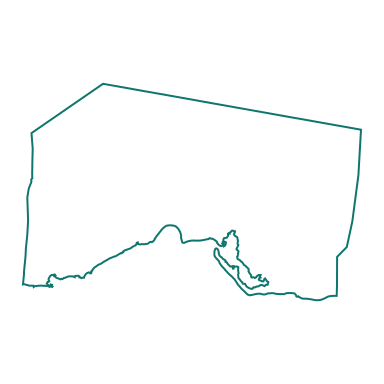 outline of Safata, Tuamasaga, Samoa
{"feature_id": "51752279B93742903917224", "entity_name": "Safata", "entity_type": "district", "adm_level": 2, "iso_a3": "WSM", "parent_name": "Samoa", "parent_adm1": "Tuamasaga", "projection": "albers", "projection_center": [-171.851, -13.971], "detail": "fine", "context": "isolated", "style": "outline", "palette": "teal", "viewbox_px": 384, "rotation_deg": 0, "n_neighbors": 0, "source": "geoboundaries", "source_scale": "gbopen_adm2", "svg_char_len": 5203}
<svg xmlns="http://www.w3.org/2000/svg" viewBox="0 0 384 384"><path d="M31.5,133.1L32.7,148.9L32.5,156.0L32.3,164.6L32.3,168.1L32.2,170.9L32.2,177.6L32.3,178.4L31.6,179.0L31.2,179.6L31.4,181.6L31.0,183.0L29.6,186.3L28.6,189.4L27.5,196.3L27.3,197.7L28.1,220.3L27.7,227.7L27.2,235.8L25.9,248.4L25.5,256.4L24.0,271.8L24.0,274.2L23.0,284.4L23.8,284.1L29.5,285.7L33.3,285.7L33.7,287.0L34.8,286.1L35.9,286.0L36.8,286.2L37.3,285.9L38.8,285.7L40.7,285.6L43.5,285.8L47.6,285.9L49.6,286.9L50.8,286.5L52.3,286.9L52.6,286.5L51.5,285.5L51.9,284.8L50.7,284.5L50.2,285.9L49.3,285.9L47.8,284.8L47.2,283.7L46.8,283.5L47.7,281.9L48.9,281.6L49.3,281.1L48.6,279.8L48.7,278.6L50.1,276.2L51.0,275.3L52.1,274.9L53.4,274.9L53.6,275.3L54.7,274.5L55.3,275.2L54.4,275.5L54.4,276.3L55.1,276.5L56.2,277.7L57.0,278.1L58.8,278.6L60.4,279.4L61.6,278.8L62.4,279.1L63.8,278.0L64.6,278.0L67.5,276.7L69.3,276.3L70.2,276.4L72.5,276.3L74.7,277.1L74.6,276.3L75.5,275.9L78.5,275.8L79.4,276.3L79.3,277.3L80.5,277.4L81.3,278.2L82.5,277.7L84.0,277.7L84.0,277.1L84.9,275.5L85.8,274.1L87.0,273.1L88.8,272.4L90.1,272.8L90.2,273.3L91.2,273.2L91.4,272.4L91.0,272.1L91.4,271.1L92.3,270.7L92.4,270.0L93.1,269.0L94.7,267.3L95.6,266.8L98.6,264.6L99.4,264.4L101.7,263.3L103.8,261.7L104.5,261.5L105.5,260.8L107.7,259.6L109.2,258.6L114.4,256.5L115.4,256.3L116.8,255.6L118.8,254.3L121.1,253.0L121.6,253.3L122.2,253.0L122.5,252.4L123.3,252.2L123.3,251.3L125.5,250.0L126.5,249.8L129.2,248.8L130.0,248.6L131.5,247.7L132.2,247.0L135.6,245.2L136.4,244.5L136.5,243.3L137.4,242.4L137.9,242.4L137.9,243.1L138.3,244.0L138.9,244.3L140.5,244.4L141.4,244.1L142.5,244.2L144.8,244.2L147.6,243.7L148.3,243.4L149.7,242.2L151.0,241.8L151.8,242.2L152.3,242.0L153.7,240.8L154.7,239.5L154.8,238.6L155.7,237.5L156.3,236.5L158.2,234.2L159.8,232.0L160.5,231.4L161.1,230.3L163.2,228.1L165.2,226.5L166.0,226.0L167.4,225.5L169.6,225.3L170.5,225.3L172.8,225.5L174.7,225.9L175.8,226.4L178.1,228.6L180.1,231.9L180.6,233.4L181.2,236.1L181.0,237.8L181.5,239.4L182.0,241.5L182.6,242.7L184.0,242.9L186.5,241.8L189.1,241.0L191.7,240.6L194.7,240.5L196.0,240.7L197.7,240.6L200.0,240.6L203.8,240.0L205.8,239.5L208.5,239.1L209.4,238.3L209.6,238.1L211.2,238.7L212.3,238.7L214.4,239.8L217.1,241.9L217.2,243.1L218.6,244.7L219.4,245.4L220.8,246.0L221.7,246.0L222.9,245.4L224.2,245.1L224.1,246.1L225.1,245.5L225.5,244.9L225.5,243.8L226.0,242.9L225.9,242.3L225.4,242.0L224.4,242.1L222.7,243.9L222.2,243.5L223.2,242.4L222.9,241.9L223.9,241.3L223.3,240.5L223.3,239.9L224.0,238.2L224.4,238.1L226.8,237.7L228.1,235.7L227.9,233.9L228.6,233.2L229.5,233.6L229.4,232.9L230.8,232.0L230.9,231.6L232.1,230.6L233.2,230.7L234.3,231.8L234.9,231.3L235.1,231.8L234.0,234.2L234.4,235.4L235.6,236.3L236.9,236.9L237.5,238.0L237.5,238.9L238.0,241.1L237.6,242.7L237.7,244.3L238.3,244.8L238.2,245.5L237.6,246.5L236.5,249.0L236.8,249.8L238.2,250.7L238.5,251.9L237.9,253.3L238.2,254.0L237.7,255.6L237.7,256.2L237.1,256.8L237.5,258.6L237.9,259.2L239.8,260.1L241.1,261.6L241.8,261.8L243.2,263.6L243.8,264.8L245.2,265.6L247.2,267.6L248.5,268.8L248.7,270.2L248.5,271.3L249.3,272.8L251.1,275.2L251.2,276.8L251.5,277.4L252.2,277.6L253.1,277.2L254.3,277.5L254.9,278.0L256.2,277.3L256.6,276.4L258.5,275.1L260.6,275.0L259.9,276.8L260.5,277.6L259.5,277.9L258.8,279.7L259.3,280.2L261.5,280.9L262.2,281.4L263.5,281.3L264.0,280.2L264.5,278.7L265.3,278.5L265.5,279.3L266.3,280.1L267.1,281.4L268.3,282.0L267.6,284.8L266.1,284.7L264.5,286.1L262.7,285.3L261.3,284.9L260.6,285.0L259.5,285.8L257.9,286.5L256.4,286.5L255.8,287.0L254.5,287.5L253.8,287.2L253.2,287.6L252.4,288.8L251.6,288.9L249.8,288.4L247.8,287.4L246.3,286.2L245.1,283.9L243.1,283.8L242.4,283.0L242.3,282.2L241.4,281.7L240.0,279.8L239.7,279.3L238.8,278.6L238.4,277.6L238.1,274.6L238.6,273.0L238.2,271.1L238.1,269.5L238.3,267.2L237.8,266.8L236.7,266.5L234.5,266.7L234.1,266.1L232.8,266.1L232.6,266.4L233.9,267.3L233.5,268.7L233.0,268.7L232.1,266.3L230.3,266.5L228.4,264.7L227.2,263.3L227.1,262.6L225.4,261.8L225.6,260.7L225.2,260.1L224.1,259.6L222.5,258.5L221.9,257.5L220.6,256.7L219.5,255.5L218.8,253.4L218.6,251.4L218.1,250.0L217.4,248.9L216.4,248.4L215.6,248.6L214.9,249.7L214.5,251.3L214.3,254.4L214.7,256.2L215.6,257.5L218.9,261.1L219.7,263.2L221.6,265.9L223.0,267.5L224.5,268.9L225.2,270.0L226.6,271.4L227.3,272.3L229.9,274.9L231.4,276.1L234.6,279.4L235.7,281.1L237.0,282.9L237.2,283.6L238.2,284.9L239.7,286.5L240.3,287.3L241.9,289.1L243.6,290.6L247.5,294.5L249.7,295.3L251.5,295.0L257.0,293.8L258.6,293.7L260.9,293.8L261.7,294.2L263.9,294.5L265.3,294.4L266.4,293.9L268.9,293.2L270.0,293.4L271.4,293.1L274.0,293.3L276.7,294.0L277.5,293.9L280.3,294.2L281.5,294.0L284.0,294.2L285.5,293.5L287.8,293.0L289.0,293.1L291.0,293.0L293.1,293.2L294.6,293.5L296.1,295.2L296.3,296.3L296.7,296.6L297.8,296.8L298.3,296.3L300.3,297.7L301.6,298.3L303.0,298.7L306.0,298.7L307.8,298.8L311.5,299.4L314.1,299.9L315.5,300.2L317.4,300.2L319.5,300.1L322.3,299.4L325.6,297.9L328.0,296.6L330.2,296.1L332.7,295.9L336.7,295.9L337.0,285.4L337.1,256.9L346.8,247.0L352.3,221.6L358.4,175.3L361.0,129.7L344.2,126.7L334.0,124.9L314.3,121.4L300.4,118.9L289.3,117.0L240.7,108.3L226.1,105.7L211.9,103.2L166.8,95.1L144.5,91.2L103.0,83.8L74.4,103.5L31.5,133.1Z" fill="none" stroke="#0f766e" stroke-width="2"/></svg>